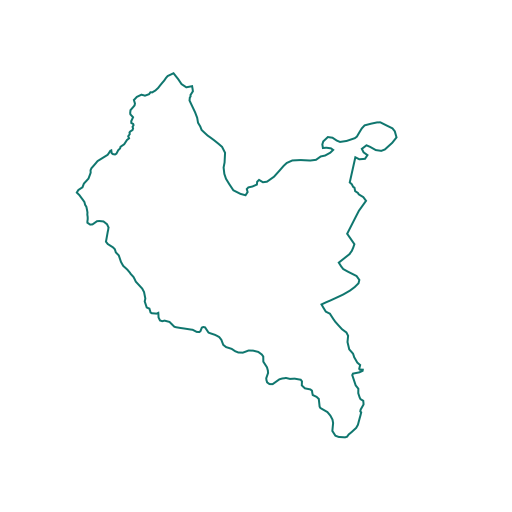 the district of Tshela, Bas-Congo, Democratic Republic of the Congo, rotated 258°
{"feature_id": "63176286B47015384768636", "entity_name": "Tshela", "entity_type": "district", "adm_level": 2, "iso_a3": "COD", "parent_name": "Democratic Republic of the Congo", "parent_adm1": "Bas-Congo", "projection": "robinson", "projection_center": [12.976, -4.984], "detail": "fine", "context": "isolated", "style": "outline", "palette": "teal", "viewbox_px": 512, "rotation_deg": 258, "n_neighbors": 0, "source": "geoboundaries", "source_scale": "gbopen_adm2", "svg_char_len": 5373}
<svg xmlns="http://www.w3.org/2000/svg" viewBox="0 0 512 512"><g transform="rotate(258 256 256)"><path d="M352.5,416.0L356.5,410.9L360.9,405.4L361.5,402.1L361.5,396.1L361.2,389.4L358.8,386.0L355.1,382.5L351.8,379.5L350.7,377.2L349.7,368.6L350.1,361.9L352.1,359.0L355.8,355.4L357.4,351.0L354.1,345.6L351.4,344.1L347.7,343.9L347.3,347.3L345.7,351.7L343.7,353.5L341.6,350.1L339.9,344.5L339.9,340.0L337.6,334.7L338.1,328.9L340.6,319.5L341.9,311.4L340.6,305.4L338.5,301.9L335.2,297.5L329.8,290.1L326.4,282.2L326.7,278.1L329.8,274.8L328.4,272.6L325.7,271.7L324.7,266.9L324.7,262.8L323.4,260.9L320.3,261.1L317.6,258.4L320.0,253.7L325.0,247.5L332.1,244.7L337.8,242.7L342.9,242.1L349.3,242.7L354.0,244.7L360.4,246.4L363.4,247.2L369.8,245.5L373.5,242.7L377.9,239.1L381.2,236.2L383.9,233.7L386.7,231.7L388.0,230.8L390.6,229.0L394.3,228.4L398.4,227.0L403.4,227.2L409.2,226.3L417.6,224.3L421.9,223.3L424.7,224.2L425.2,224.7L425.7,225.2L427.1,225.4L430.2,228.5L432.5,228.7L435.4,228.8L435.5,222.9L439.6,218.9L445.1,216.7L451.9,213.3L450.4,207.0L448.9,205.0L446.7,202.7L444.8,200.2L442.9,197.8L440.7,195.2L438.8,192.0L437.9,189.3L437.6,188.6L437.8,187.9L438.1,186.8L436.9,185.5L436.5,185.0L436.1,182.0L435.9,180.7L436.6,179.5L437.1,178.4L437.6,177.5L436.4,172.5L434.9,170.4L434.0,169.0L430.3,169.3L428.5,168.5L424.7,163.5L424.2,163.4L422.5,162.8L421.4,162.6L420.6,162.6L417.3,164.6L413.8,162.0L412.0,161.7L410.7,163.3L410.3,163.4L409.4,163.4L408.0,162.1L406.4,162.3L404.9,161.4L404.2,159.6L403.9,158.9L403.2,158.0L401.4,157.8L399.7,155.9L397.5,156.3L397.1,155.5L396.3,153.9L394.0,151.6L392.7,150.3L391.0,146.2L389.5,145.4L388.7,144.2L388.2,143.3L387.0,142.3L386.4,141.8L385.1,140.7L384.8,139.7L384.6,139.2L384.9,138.5L385.4,137.2L386.0,136.7L386.6,136.2L389.4,136.4L389.2,135.6L389.2,135.4L387.0,133.2L385.8,131.9L381.8,120.8L381.2,120.0L380.3,118.9L376.9,114.4L376.1,113.3L375.4,112.8L374.3,112.0L371.9,111.6L370.7,110.9L366.5,108.2L365.6,106.9L365.0,106.1L363.4,103.8L362.6,102.7L360.3,101.2L359.2,100.5L359.0,99.8L357.5,96.0L356.1,94.6L355.3,93.9L352.3,95.9L349.6,97.1L346.8,98.4L344.4,99.4L341.6,99.5L339.4,100.3L336.3,100.3L333.7,100.2L331.5,99.6L329.6,99.5L328.2,99.3L326.6,98.9L325.0,98.3L323.6,98.0L321.2,100.3L320.9,102.6L321.4,103.8L323.1,107.7L322.8,110.0L321.5,114.0L320.8,114.6L318.0,116.9L314.4,117.7L314.1,117.5L312.2,116.8L310.7,116.1L303.1,113.0L301.2,112.2L298.5,113.5L294.2,117.9L292.0,119.3L289.4,119.6L288.8,119.6L288.6,119.7L285.1,121.9L278.3,122.7L274.7,123.8L274.4,124.0L274.1,124.0L273.7,124.2L271.7,125.7L269.3,127.4L269.0,127.5L268.9,127.6L267.9,128.1L265.9,129.2L264.7,129.6L261.0,131.8L258.5,132.5L255.9,133.1L250.5,136.3L247.8,137.9L246.8,138.2L244.0,139.0L237.4,138.9L234.7,137.7L228.4,138.4L227.7,139.3L226.7,140.8L225.3,140.9L224.5,141.0L222.7,141.1L222.2,141.6L221.7,142.1L220.3,146.8L220.7,148.6L219.1,148.4L216.1,147.9L214.1,148.4L212.9,148.7L211.7,150.8L211.8,153.1L209.5,157.7L206.1,159.9L205.5,160.3L203.8,161.4L203.4,162.1L202.9,163.1L201.2,167.4L200.0,170.7L197.6,177.0L197.0,178.7L194.1,182.2L193.4,184.8L194.1,186.1L197.2,188.1L197.4,189.0L197.5,189.7L197.0,190.8L196.7,191.4L195.3,191.9L191.8,193.3L191.5,193.4L190.9,193.7L190.0,195.1L187.4,199.5L185.9,201.4L184.3,203.2L181.2,204.7L179.1,205.0L175.9,205.5L173.1,207.8L171.6,210.5L170.2,212.9L169.4,213.7L167.2,215.8L166.0,217.6L165.3,218.6L165.1,219.4L164.2,223.0L164.6,225.9L165.1,229.1L164.1,233.2L164.0,233.6L163.4,234.8L161.7,238.3L158.3,241.3L157.7,241.5L156.2,242.2L151.1,241.2L144.8,243.6L141.2,243.8L140.9,243.7L139.1,243.5L134.3,240.6L132.3,240.4L130.5,240.6L130.1,240.6L128.4,242.1L127.9,242.6L127.2,245.6L128.4,248.4L130.5,253.2L130.7,255.8L130.7,256.7L130.5,258.5L130.5,259.9L128.7,263.7L128.0,268.3L126.2,272.7L125.7,274.0L123.8,274.9L123.1,274.7L119.9,273.9L116.4,276.3L114.2,281.4L112.7,282.7L111.3,282.7L110.8,282.6L108.2,282.6L105.6,286.0L103.7,287.3L103.2,287.7L95.4,286.9L93.9,287.4L88.5,293.4L85.7,294.9L84.3,295.6L80.1,296.8L76.6,296.7L69.0,294.3L63.7,296.3L61.8,299.3L60.1,305.4L60.3,307.5L62.2,309.6L63.0,311.2L64.1,313.3L65.3,315.3L67.0,318.2L69.7,320.6L72.7,322.1L76.0,323.8L78.1,324.9L81.2,326.4L81.7,326.1L81.8,326.0L81.9,325.9L82.3,325.7L83.3,326.1L84.1,326.5L87.8,329.8L88.4,330.3L89.4,330.5L92.1,330.8L94.2,328.5L95.9,328.0L100.5,327.5L104.9,328.5L108.7,326.6L119.5,325.4L120.8,326.4L120.7,332.9L121.5,336.4L122.6,336.8L123.1,334.9L123.3,333.8L124.2,333.5L127.7,335.2L129.1,334.1L130.7,332.9L135.7,331.3L136.5,331.0L137.8,330.9L140.3,330.6L145.3,327.8L148.9,327.7L152.8,327.6L158.8,329.5L162.5,328.5L163.2,327.8L166.5,324.9L171.6,321.9L175.5,319.7L176.8,319.2L177.6,318.8L182.3,317.0L184.2,316.3L185.7,314.4L187.1,312.7L192.2,310.9L195.0,310.0L196.1,314.7L197.0,319.4L199.6,330.8L200.2,333.3L202.6,340.7L205.1,346.1L208.0,350.6L211.1,352.1L215.5,350.2L218.4,346.6L221.6,342.6L225.1,338.6L228.2,337.1L232.3,335.6L234.6,340.2L238.4,347.9L238.5,347.9L240.2,349.8L241.1,350.8L242.4,351.7L243.9,352.8L247.1,354.7L258.8,349.8L272.9,361.2L278.9,366.1L287.1,375.1L291.3,373.2L294.2,370.1L295.0,369.3L295.3,369.2L296.5,368.8L297.9,367.4L298.8,366.5L302.0,366.5L302.4,366.5L303.4,365.4L304.9,365.0L306.3,364.6L308.2,363.2L308.5,363.0L331.9,373.7L329.1,377.2L328.4,382.8L331.5,386.0L335.0,382.8L338.8,381.8L341.3,387.1L339.1,390.2L334.7,395.2L332.8,400.4L333.4,404.2L338.4,412.8L342.8,418.1L349.1,417.7L352.5,416.0Z" fill="none" stroke="#0f766e" stroke-width="2"/></g></svg>